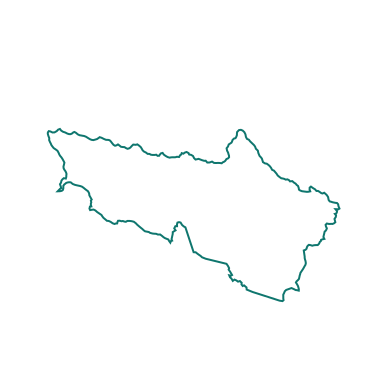 the district of Itaiópolis, Santa Catarina, Brazil, rotated 134°
{"feature_id": "56859067B3149054277416", "entity_name": "Itaiópolis", "entity_type": "district", "adm_level": 2, "iso_a3": "BRA", "parent_name": "Brazil", "parent_adm1": "Santa Catarina", "projection": "equal_earth", "projection_center": [-49.885, -26.509], "detail": "fine", "context": "isolated", "style": "outline", "palette": "teal", "viewbox_px": 384, "rotation_deg": 134, "n_neighbors": 0, "source": "geoboundaries", "source_scale": "gbopen_adm2", "svg_char_len": 5590}
<svg xmlns="http://www.w3.org/2000/svg" viewBox="0 0 384 384"><g transform="rotate(134 192 192)"><path d="M284.8,289.1L283.7,288.0L282.7,287.2L281.6,286.5L280.2,286.3L278.9,287.0L277.7,288.1L276.8,288.9L275.2,289.1L274.1,288.9L272.9,288.8L271.7,288.2L270.6,287.4L269.3,286.0L269.1,283.4L268.2,281.2L267.2,279.5L266.2,277.9L265.4,276.6L264.6,274.9L264.3,273.0L264.1,270.4L263.7,267.3L264.4,265.1L265.7,263.5L266.5,260.9L267.1,258.9L268.4,258.8L269.4,257.3L270.6,256.7L271.6,255.7L272.3,254.4L273.4,255.3L275.2,254.2L275.8,252.7L274.1,251.5L273.0,250.6L272.4,248.7L272.3,246.3L272.0,244.6L271.7,242.8L271.4,241.2L271.8,239.7L272.1,237.7L271.9,235.1L271.8,233.2L270.7,231.8L270.0,229.8L269.6,227.3L268.8,225.5L267.5,224.9L266.6,224.0L265.3,224.8L264.1,225.2L262.9,224.1L262.0,222.4L260.9,221.6L260.3,220.2L259.4,218.9L257.7,218.4L256.1,216.7L254.9,215.1L253.8,213.2L253.5,210.6L253.6,208.9L253.5,206.7L253.3,204.1L253.1,202.0L253.1,200.2L252.9,198.5L251.8,196.8L250.8,195.3L250.5,193.7L249.2,191.4L248.0,189.9L247.0,188.8L246.3,187.0L244.7,185.4L244.4,183.0L244.3,181.2L244.0,179.5L243.2,177.5L242.6,176.1L243.2,174.2L243.5,172.4L241.9,173.1L240.8,172.5L240.2,173.9L238.7,174.8L237.1,175.8L235.6,176.7L234.2,178.0L232.5,177.6L231.0,177.2L230.5,179.5L229.2,179.9L228.1,180.2L227.0,179.0L225.6,180.4L224.1,181.2L222.7,180.4L221.9,179.0L222.6,176.3L222.5,174.0L222.0,172.2L234.2,149.0L232.8,147.5L232.6,145.1L232.3,143.1L232.0,141.4L232.0,139.5L230.5,135.8L219.7,117.3L220.2,114.8L221.0,112.4L222.4,111.7L222.8,109.4L223.4,107.3L223.9,105.5L225.3,105.9L226.1,107.3L226.9,105.5L226.9,103.4L227.6,100.9L225.5,100.6L224.8,98.7L224.5,96.6L222.8,95.7L222.8,93.2L224.1,92.2L224.4,90.2L223.0,89.7L222.8,86.5L224.2,84.9L221.8,78.9L217.9,71.0L209.3,53.5L207.6,51.1L206.2,51.0L205.3,52.2L204.0,53.5L202.5,55.0L201.3,55.4L200.1,55.8L199.0,56.3L197.0,56.2L192.0,53.7L191.2,51.6L190.5,49.3L189.7,48.3L188.8,46.7L187.7,47.6L186.7,49.2L186.0,50.5L185.4,52.4L184.9,54.4L183.7,54.7L181.8,54.6L180.2,54.7L178.7,55.6L177.3,56.5L176.0,57.1L174.9,57.8L169.9,58.7L168.5,59.1L167.0,59.5L165.6,59.8L164.1,60.7L162.8,62.4L162.0,63.9L161.2,65.1L160.2,66.1L156.4,71.0L154.7,70.2L153.2,70.2L151.9,71.0L150.3,71.4L148.8,71.2L147.8,69.7L147.1,68.2L145.6,67.3L144.1,66.0L142.8,64.7L140.8,64.7L139.1,65.4L137.9,65.2L136.7,65.9L135.3,65.2L133.8,64.2L133.1,66.2L131.8,67.0L130.1,68.0L128.3,69.1L127.1,68.9L125.7,69.2L124.4,69.8L123.8,71.6L122.8,73.1L121.0,73.1L119.8,71.2L118.4,69.9L117.3,68.7L115.9,68.1L114.2,67.9L113.3,69.3L112.4,70.8L110.1,71.2L108.8,72.1L108.5,74.0L107.3,73.3L106.0,73.7L105.0,74.4L104.7,76.9L103.8,75.9L102.8,74.7L101.5,74.4L100.5,76.7L99.3,78.4L99.2,80.1L100.1,81.2L101.0,82.6L101.8,83.9L102.4,85.2L103.1,86.4L102.8,88.2L101.1,90.6L100.6,92.8L100.6,94.5L100.7,96.4L102.3,97.0L103.0,98.2L103.3,100.4L103.7,102.1L104.8,103.2L104.6,105.4L105.1,107.5L105.5,110.2L107.1,110.4L108.5,109.2L109.4,107.4L110.9,108.4L112.1,109.5L113.3,111.1L115.0,113.4L115.8,115.3L116.0,116.7L115.0,118.0L114.0,119.9L114.2,121.6L114.0,123.3L114.4,125.1L114.5,127.4L116.3,128.9L116.1,130.4L116.6,132.1L118.0,133.2L118.5,134.8L119.3,136.2L120.1,137.3L120.4,139.3L120.6,141.8L120.1,143.9L119.9,145.8L119.7,147.9L120.4,149.8L119.7,151.9L119.4,153.8L119.4,155.6L119.7,157.9L120.7,159.3L121.2,161.7L120.2,163.5L119.4,165.0L119.2,166.4L119.1,168.5L117.9,171.3L116.5,173.4L116.5,176.1L115.5,178.2L115.2,179.9L115.2,181.5L115.2,183.4L115.2,185.4L114.9,187.4L115.6,189.4L114.9,191.5L113.4,193.6L112.6,195.9L112.6,198.2L113.3,200.0L114.8,201.2L116.1,201.2L117.5,201.2L118.5,200.5L119.9,199.2L121.8,198.4L123.1,198.1L124.3,198.9L126.3,199.0L128.0,198.2L129.1,197.9L130.5,198.2L132.3,198.6L134.3,197.7L136.5,197.5L137.9,195.5L138.6,193.4L139.4,192.1L140.1,190.7L141.2,189.5L142.7,189.4L144.4,190.1L146.5,189.7L148.2,190.0L149.3,190.5L150.7,190.6L151.7,192.0L152.8,193.3L154.5,194.9L155.8,196.4L156.2,198.7L158.5,199.8L160.2,201.5L160.0,203.9L161.1,204.9L162.1,206.8L162.9,208.7L163.6,210.3L164.7,211.0L166.2,212.0L166.2,214.0L165.4,216.3L165.9,218.4L167.0,220.1L166.4,221.5L167.0,223.7L168.8,224.6L170.4,224.8L171.2,226.4L172.6,225.8L173.8,226.1L175.8,225.6L177.1,227.3L178.4,228.0L179.5,229.0L180.6,230.2L181.7,231.2L182.8,231.9L183.8,233.8L184.4,236.2L184.7,238.4L184.3,240.3L185.8,241.2L187.6,241.1L188.7,240.8L189.9,241.9L190.0,243.6L191.4,244.7L192.9,246.3L193.8,247.6L194.1,249.0L195.4,250.4L195.6,252.5L196.3,254.7L196.3,256.5L195.7,258.4L195.3,260.0L195.4,262.3L195.7,264.4L197.1,265.2L198.7,267.2L200.7,267.3L202.9,267.2L204.4,267.6L205.7,268.4L206.3,270.0L206.6,271.7L207.8,273.1L208.8,274.5L209.0,276.8L209.2,278.3L210.8,278.7L212.2,279.5L212.6,281.2L212.3,283.8L212.0,285.6L212.0,287.2L212.8,288.6L214.2,290.1L215.0,292.1L215.8,294.7L216.7,296.5L218.0,296.7L219.9,297.1L221.5,298.0L223.2,299.0L224.2,300.4L224.9,302.1L225.4,304.3L225.9,306.7L226.7,308.6L227.5,309.7L228.2,310.8L229.3,312.4L229.9,314.3L230.0,316.5L230.5,318.3L231.6,318.8L233.1,318.9L234.7,319.5L235.8,320.7L236.6,322.3L237.2,324.4L238.3,326.7L238.7,328.8L238.4,330.8L240.1,331.6L242.2,331.6L244.6,332.3L246.1,333.7L246.8,335.9L247.7,337.3L249.2,337.1L250.3,336.2L251.4,334.3L252.4,332.1L253.9,330.8L254.7,328.9L255.3,327.1L255.9,325.8L256.2,324.2L256.5,322.0L256.1,319.8L255.8,317.4L256.5,315.1L257.2,313.5L257.6,312.0L257.8,309.9L258.3,307.8L258.9,305.9L259.5,304.2L261.1,303.2L262.9,302.2L264.0,301.0L264.6,299.5L264.9,297.8L265.4,296.2L266.2,294.8L267.3,294.0L268.5,292.9L270.0,292.1L271.1,293.8L272.8,294.0L274.5,293.8L276.3,292.7L278.1,292.4L279.2,290.2L280.1,288.8L281.4,289.1L282.9,289.1L284.8,289.1Z" fill="none" stroke="#0f766e" stroke-width="2"/></g></svg>